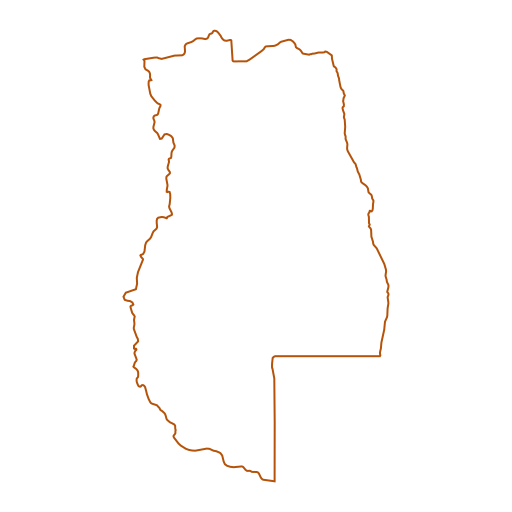 map outline of Mendoza (Natural Earth projection)
{"feature_id": "ARG-1275", "entity_name": "Mendoza", "entity_type": "Province", "adm_level": 1, "iso_a3": "ARG", "parent_name": "Argentina", "parent_adm1": "", "projection": "natural_earth1", "projection_center": [-68.979, -34.756], "detail": "fine", "context": "isolated", "style": "outline", "palette": "amber", "viewbox_px": 512, "rotation_deg": 0, "n_neighbors": 0, "source": "natural_earth", "source_scale": "10m", "svg_char_len": 5984}
<svg xmlns="http://www.w3.org/2000/svg" viewBox="0 0 512 512"><path d="M160.0,138.9L157.9,134.1L157.2,133.0L155.0,131.1L154.0,129.9L153.4,128.5L153.4,126.9L154.6,122.2L154.3,120.6L153.7,119.3L153.3,117.9L153.8,116.3L154.8,115.5L156.9,115.0L157.8,114.3L158.3,113.0L159.0,109.6L159.4,108.1L160.5,105.9L160.5,104.9L159.6,104.2L158.1,103.6L157.0,102.8L154.8,100.6L151.3,96.2L150.3,93.8L148.6,85.1L148.6,83.2L148.7,81.7L148.9,81.1L149.3,80.4L150.8,80.4L151.4,80.1L150.1,78.0L150.0,76.6L150.1,75.1L149.9,73.4L149.1,71.7L148.1,70.8L145.5,69.3L144.3,66.8L144.5,60.9L143.6,59.6L144.4,59.2L154.4,57.6L157.1,57.5L158.7,58.2L161.7,58.9L174.5,55.6L182.1,55.3L182.6,55.1L183.4,54.6L183.8,54.2L184.2,53.9L184.6,53.1L184.9,52.1L185.0,51.1L184.7,46.6L184.8,46.1L185.2,45.2L185.9,44.2L186.2,44.0L187.2,43.4L191.2,42.1L192.6,41.4L193.4,40.9L195.1,39.5L196.3,38.7L196.7,38.5L198.4,38.3L202.0,38.4L205.3,39.1L207.0,38.6L207.4,38.3L207.9,37.8L208.1,37.4L209.0,35.2L209.5,34.3L209.7,34.1L210.6,33.7L211.4,33.6L211.8,33.3L212.2,33.1L213.3,31.2L214.0,30.8L214.6,30.7L215.7,30.9L216.6,31.2L217.2,31.7L218.1,32.5L220.7,35.9L221.4,37.4L222.3,38.7L223.6,40.0L224.5,40.5L226.7,40.8L229.9,40.0L230.7,40.0L231.1,40.2L231.3,40.4L232.6,60.5L233.0,61.1L233.6,61.4L246.6,61.3L249.9,59.4L261.5,51.1L263.7,49.2L264.6,47.7L265.2,46.9L266.0,46.4L274.0,45.9L275.4,45.5L277.7,44.4L280.3,42.2L281.0,41.8L288.3,39.8L290.6,39.9L292.9,41.4L294.6,43.3L295.3,44.4L295.9,47.1L296.7,47.9L299.2,49.2L300.1,49.9L300.9,50.8L302.5,53.2L303.0,53.6L309.1,54.7L310.2,54.2L310.6,54.1L311.2,54.2L312.3,53.7L312.8,53.7L314.7,53.5L318.6,52.5L322.9,52.5L323.9,52.4L324.6,52.1L325.2,51.5L326.9,51.9L331.8,55.4L332.0,58.8L333.8,66.3L335.3,67.3L335.9,68.1L336.5,69.0L336.6,69.6L336.5,71.0L336.7,71.5L337.1,72.1L337.5,72.8L337.7,73.5L338.0,75.7L338.9,78.1L339.1,79.2L339.2,80.4L340.5,86.9L340.9,88.0L341.4,88.9L342.2,89.8L342.9,90.4L343.4,91.1L343.6,92.5L343.9,93.8L344.5,94.7L344.8,95.6L343.6,98.1L343.3,100.3L343.1,101.0L343.9,104.4L343.8,106.3L342.8,107.1L342.5,108.1L343.0,110.3L344.3,113.8L344.3,114.7L344.0,116.2L343.9,117.1L344.1,118.0L344.7,119.6L345.2,126.9L344.7,133.3L345.2,135.4L345.6,136.2L345.6,139.1L347.1,142.8L347.4,144.4L347.1,147.9L347.2,149.4L347.8,151.2L354.0,162.3L355.3,163.7L355.7,164.5L356.5,167.4L356.9,168.0L357.8,171.6L359.3,174.4L360.9,179.8L361.0,181.3L361.5,182.3L362.7,183.3L365.0,184.9L366.1,185.8L367.1,187.0L367.9,188.4L368.5,192.1L369.4,193.2L370.4,194.0L371.3,194.8L371.8,196.0L372.2,198.5L373.4,200.5L373.4,201.8L373.0,204.2L372.8,208.5L372.5,210.2L371.6,211.4L371.1,211.4L370.2,210.8L369.8,210.8L369.6,211.2L369.4,212.2L368.4,213.8L368.3,214.9L368.9,216.9L369.0,223.1L369.7,224.6L368.9,226.3L369.5,227.3L370.5,228.3L371.1,229.8L371.4,236.7L373.0,241.8L373.2,243.6L373.7,244.9L376.7,248.3L384.3,264.0L386.0,269.8L386.1,271.5L385.5,275.6L385.7,276.7L386.6,279.7L386.8,281.2L387.0,282.1L388.2,284.5L388.5,285.8L388.4,287.2L387.2,291.9L387.9,292.8L388.3,293.5L388.5,294.1L388.4,295.1L387.6,297.1L388.3,302.1L388.4,303.4L387.6,308.4L387.3,315.6L387.0,317.2L385.0,321.7L384.2,329.8L381.4,342.6L380.9,348.4L380.0,352.2L380.0,353.5L380.4,356.1L380.7,356.2L352.0,356.2L275.1,356.2L273.8,356.8L272.7,357.9L272.1,363.3L272.0,366.6L272.1,367.8L272.5,368.8L274.3,378.5L274.7,423.2L274.6,481.3L263.1,479.7L262.1,479.1L260.9,477.7L258.9,473.5L258.0,472.5L256.8,472.0L252.5,471.9L251.8,471.8L250.4,471.0L249.7,470.8L247.6,470.9L246.9,470.8L245.6,469.9L243.2,467.0L241.9,466.4L233.6,467.2L230.3,466.8L227.1,465.8L224.9,464.2L223.7,461.6L222.2,455.5L220.5,453.2L219.3,452.5L216.2,451.2L213.5,450.7L209.4,448.8L206.7,448.6L195.3,450.7L191.9,450.5L188.6,449.8L185.9,448.8L180.8,445.6L178.5,443.5L173.9,437.5L173.5,436.4L173.7,435.5L174.8,434.2L175.3,433.4L175.4,432.5L175.4,430.9L175.7,430.1L175.3,429.0L175.1,425.6L174.1,424.3L173.1,423.9L172.0,423.2L170.1,422.4L167.5,420.2L166.9,419.5L166.5,418.8L165.7,415.7L165.1,414.1L164.3,413.0L162.1,411.0L160.6,410.1L160.3,409.8L159.4,407.9L158.0,406.5L157.1,405.4L156.7,405.2L151.9,403.6L151.2,403.2L150.9,403.0L150.1,401.9L148.7,399.1L146.8,393.9L146.6,392.7L145.1,387.1L144.5,386.2L143.8,385.5L143.3,385.2L142.8,385.1L142.3,385.1L141.9,385.2L141.6,385.4L140.8,386.4L140.5,386.6L140.1,386.7L139.3,386.5L138.9,386.3L138.3,385.7L137.7,384.4L136.9,382.4L136.6,380.9L136.6,379.5L136.7,378.8L136.9,378.3L137.8,377.4L137.9,377.0L138.1,376.5L138.2,375.6L138.2,373.2L138.1,372.3L138.0,371.7L137.5,370.5L137.2,370.1L136.3,369.0L133.8,367.2L133.4,366.6L133.9,365.6L134.7,363.0L135.1,362.2L136.2,361.0L136.7,359.9L136.4,358.7L134.5,353.7L134.5,352.8L135.0,351.3L135.4,350.8L135.9,350.4L136.3,349.9L136.4,349.3L135.9,348.7L134.5,348.9L134.0,348.5L134.0,345.7L138.1,341.4L137.8,338.8L136.8,337.1L133.8,328.9L133.8,327.6L134.4,324.7L134.4,323.1L134.0,319.9L134.7,316.5L134.1,315.3L133.2,314.3L132.2,312.9L130.6,307.6L130.5,306.4L131.2,305.7L132.5,305.3L133.3,304.6L132.5,302.6L130.2,301.1L127.3,300.7L124.7,299.8L123.5,296.7L125.8,292.7L135.9,289.2L137.1,283.7L136.8,277.8L138.0,272.1L143.0,259.6L142.7,258.6L141.9,257.9L141.0,256.8L140.4,255.4L140.8,254.9L141.9,254.6L143.2,253.9L144.5,251.4L145.2,245.2L146.1,242.5L147.3,241.1L150.0,238.7L151.1,237.1L152.6,233.2L153.5,231.4L156.5,228.7L157.1,227.2L157.0,225.4L156.7,223.0L156.7,220.6L157.1,218.8L158.2,217.7L161.6,217.0L163.0,217.1L164.3,217.4L166.7,218.3L167.0,218.0L167.1,217.4L167.3,217.0L171.8,214.9L172.0,214.1L171.5,212.2L169.9,209.1L169.4,208.0L169.1,206.6L169.2,205.9L169.4,205.2L169.7,204.0L170.3,197.9L170.2,194.1L169.6,192.0L168.4,191.7L167.3,192.1L166.7,191.8L166.8,189.6L167.4,186.4L167.5,185.0L166.3,178.7L166.4,177.0L166.9,176.1L169.1,174.2L169.9,173.3L169.9,172.1L168.1,169.5L167.6,168.2L167.7,166.6L169.0,162.0L169.0,161.2L168.8,160.5L168.6,159.8L168.9,158.9L169.3,158.6L170.6,158.1L171.1,157.8L171.3,156.8L171.5,153.1L171.8,151.7L172.4,150.5L174.1,148.2L174.6,147.0L174.6,145.4L173.4,142.6L172.8,138.2L171.3,136.2L169.2,134.9L166.8,134.0L164.5,134.4L161.7,138.6L160.0,138.9Z" fill="none" stroke="#b45309" stroke-width="2"/></svg>